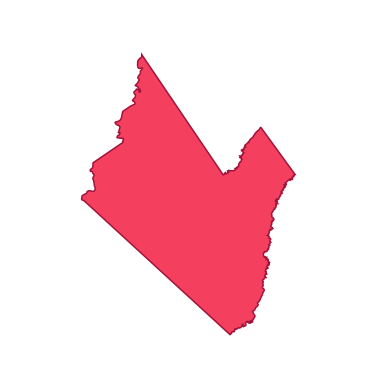 Puerto Caicedo, Putumayo, Colombia (Equal Earth projection), rotated 54°
{"feature_id": "7082276B64544196905368", "entity_name": "Puerto Caicedo", "entity_type": "district", "adm_level": 2, "iso_a3": "COL", "parent_name": "Colombia", "parent_adm1": "Putumayo", "projection": "equal_earth", "projection_center": [-76.404, 0.736], "detail": "fine", "context": "isolated", "style": "filled", "palette": "rose", "viewbox_px": 384, "rotation_deg": 54, "n_neighbors": 0, "source": "geoboundaries", "source_scale": "gbopen_adm2", "svg_char_len": 6060}
<svg xmlns="http://www.w3.org/2000/svg" viewBox="0 0 384 384"><g transform="rotate(54 192 192)"><path d="M238.6,98.3L180.3,98.3L180.1,98.9L181.2,101.5L181.0,102.9L181.3,104.0L181.2,104.5L181.7,105.6L181.7,106.7L182.4,107.7L182.6,108.9L183.5,110.7L183.5,113.1L183.8,113.8L183.9,114.7L184.5,115.8L184.5,116.8L184.8,117.2L185.3,117.2L184.9,118.4L185.3,120.2L185.2,121.5L186.3,123.0L186.9,122.4L187.2,122.3L186.8,123.8L188.0,124.9L187.6,125.0L187.8,125.6L187.4,125.6L187.1,127.2L187.7,127.7L188.3,127.1L188.8,127.3L189.4,127.0L189.9,127.1L190.4,126.9L190.3,127.5L191.1,127.7L191.2,128.0L191.0,128.6L191.5,129.0L191.9,130.0L191.4,130.2L191.6,131.5L191.0,132.1L192.3,132.1L192.3,132.3L191.9,132.8L192.1,133.1L193.0,132.6L192.7,131.9L192.8,131.7L193.8,132.5L194.3,132.6L194.9,132.3L195.1,133.3L196.0,134.1L196.0,134.6L196.2,135.1L195.9,135.5L196.0,136.1L196.6,136.6L196.6,137.3L196.9,137.4L197.3,138.4L198.8,139.2L198.4,140.3L199.1,141.2L198.5,141.5L198.7,141.8L198.6,142.2L198.9,142.6L198.4,142.8L198.2,143.4L199.3,143.5L199.6,145.1L199.2,145.5L198.9,146.6L196.7,149.2L196.2,149.4L195.8,150.6L195.8,150.9L196.2,151.1L196.8,150.7L197.4,150.7L197.7,151.0L197.6,151.6L197.8,151.9L197.5,152.3L197.5,152.9L197.0,153.2L197.1,153.8L197.0,154.0L195.9,153.7L196.0,154.5L196.6,155.7L196.6,156.0L196.3,156.1L196.3,156.7L51.3,151.9L53.0,153.2L53.3,154.5L53.3,156.4L54.2,158.9L57.2,161.4L59.2,162.4L60.5,162.5L61.3,161.8L61.7,160.7L62.3,159.5L62.5,159.3L62.9,159.3L63.5,160.9L63.7,162.4L64.1,163.0L65.6,163.9L66.1,164.9L66.7,167.4L67.5,168.5L68.4,168.9L69.8,168.5L70.5,169.1L71.1,170.7L71.7,171.7L72.0,172.6L72.2,174.5L72.6,175.3L74.9,174.1L77.3,174.1L78.9,173.8L80.5,174.6L80.6,175.4L80.0,175.9L77.7,175.0L76.3,176.1L76.1,176.8L76.5,177.1L76.8,177.5L76.9,180.2L78.4,180.9L80.1,180.8L81.1,181.1L81.9,182.3L82.6,185.5L83.0,186.3L83.6,186.4L84.2,185.9L85.4,185.7L86.6,185.8L87.1,186.4L87.2,187.1L86.4,191.0L86.1,200.2L86.6,201.3L89.9,204.8L90.8,206.0L91.4,207.2L91.6,208.1L91.6,209.9L90.7,211.8L90.5,213.1L90.7,213.5L92.8,213.6L95.8,212.0L97.1,212.0L99.5,215.0L100.5,216.6L100.9,216.5L101.7,215.5L102.2,215.7L102.9,217.1L102.8,218.3L102.9,219.4L103.9,220.7L106.8,218.0L107.9,216.3L108.2,216.1L108.9,216.3L110.2,218.3L111.1,218.3L111.3,217.9L110.2,254.9L113.5,257.5L114.1,258.8L114.1,261.1L114.8,261.7L115.7,262.0L116.1,261.0L116.8,260.7L118.2,261.2L120.7,261.2L121.1,261.6L122.1,263.5L122.7,264.2L125.9,265.3L129.6,267.3L132.3,268.2L132.9,268.8L133.5,269.6L133.6,270.5L133.6,270.9L133.2,272.0L131.0,273.7L130.4,274.6L130.0,276.2L130.0,276.5L130.9,277.8L131.0,278.7L130.4,282.2L130.5,283.1L132.8,285.5L133.5,285.7L135.5,284.5L329.7,245.1L329.6,243.1L329.3,242.7L328.8,242.5L328.7,242.0L329.3,240.1L329.7,240.2L329.8,239.7L329.3,239.4L328.8,238.3L328.2,238.2L327.9,237.7L328.1,237.4L328.8,237.0L329.2,236.4L329.2,235.7L328.9,234.4L329.8,233.8L330.3,232.4L330.0,230.5L328.7,229.2L328.5,228.7L328.9,228.5L329.8,229.4L331.1,229.6L331.1,228.6L331.5,228.2L331.6,227.2L331.4,226.6L330.5,226.2L329.3,225.3L329.0,224.1L329.1,223.8L329.4,224.2L330.1,222.6L330.4,223.1L330.6,222.8L330.8,220.1L331.1,220.4L331.2,221.4L331.5,222.0L331.3,222.9L331.5,223.0L331.8,222.7L332.4,221.7L332.5,220.0L332.7,219.5L332.6,219.1L331.4,218.7L331.2,217.5L329.7,214.2L328.8,213.7L327.1,213.8L326.1,213.5L324.3,213.4L324.2,212.3L324.4,211.7L324.4,210.9L323.0,208.5L322.7,205.7L321.9,204.6L320.7,204.5L320.0,204.0L320.1,202.4L319.2,200.2L317.8,198.2L316.6,195.6L315.2,193.9L314.2,191.6L313.8,191.1L313.0,190.9L311.0,191.4L309.0,188.9L307.4,188.6L306.8,187.3L306.3,187.0L305.2,187.1L304.7,186.8L304.7,184.9L304.1,183.3L304.7,182.4L303.5,182.3L302.8,182.6L302.2,182.1L301.9,181.1L301.6,180.8L302.1,180.6L302.2,180.1L301.4,180.1L301.4,179.9L301.9,179.7L300.8,179.3L300.3,178.8L299.8,178.8L299.4,179.3L298.4,178.2L298.0,178.0L298.2,175.9L297.9,176.1L297.6,176.8L297.3,176.8L297.2,176.1L297.4,174.9L296.1,174.9L296.1,174.1L295.4,173.6L295.5,173.4L296.0,173.6L296.3,172.4L294.9,171.3L294.7,170.6L294.4,170.7L294.8,171.6L294.6,172.1L293.8,171.7L293.5,170.9L292.3,171.1L292.1,170.5L291.6,170.6L291.2,170.0L290.3,170.4L290.1,171.4L288.7,169.9L288.1,170.9L288.7,170.9L288.3,171.5L287.7,171.3L287.6,170.9L287.4,170.8L287.1,171.7L286.8,171.8L284.5,171.1L283.6,170.3L283.5,168.7L283.1,169.0L283.0,168.8L283.0,167.7L283.7,167.1L284.0,166.6L283.9,165.7L283.3,165.0L283.4,164.5L283.3,163.8L282.9,163.4L282.8,164.1L282.3,163.8L282.4,162.8L282.0,162.3L281.2,162.0L280.7,161.3L280.9,160.5L280.8,160.2L280.6,160.2L280.2,160.8L279.9,160.6L279.3,159.7L279.1,157.8L278.5,157.6L277.4,157.9L276.7,157.1L276.6,156.2L275.7,155.8L274.5,156.7L273.9,156.7L273.5,155.8L272.7,156.0L272.1,155.7L271.5,156.4L271.5,155.0L270.8,154.9L270.3,153.4L269.4,152.8L268.2,151.1L268.4,150.7L269.1,150.8L269.1,149.4L268.9,148.7L269.1,148.1L268.3,148.2L267.9,148.0L266.8,148.7L265.9,148.2L265.5,147.4L264.8,146.8L264.9,146.5L264.8,146.2L263.5,145.6L263.4,145.0L263.0,145.2L262.9,144.4L262.5,143.9L263.0,143.0L262.2,142.5L262.2,141.7L261.6,141.8L260.5,141.5L258.8,142.0L257.5,140.8L256.7,140.6L255.9,139.9L255.1,137.6L254.4,136.9L254.3,136.2L254.6,135.5L254.3,135.2L254.3,134.8L253.7,134.6L253.8,133.4L252.9,132.6L252.7,132.0L252.3,132.0L251.8,131.0L251.0,131.3L250.8,131.2L251.6,129.8L251.0,130.1L250.8,129.7L249.3,130.0L249.3,129.6L250.1,129.1L250.1,128.6L248.8,128.2L248.4,129.4L248.1,129.5L248.0,128.7L248.4,127.9L247.8,128.5L247.5,128.4L247.4,127.3L248.8,126.4L248.8,126.1L247.9,125.2L247.6,124.1L247.0,123.5L247.1,122.6L246.1,122.1L245.9,121.7L246.1,120.5L246.0,119.6L245.2,119.6L244.6,120.1L244.2,120.0L244.3,118.6L243.9,118.1L244.2,117.5L243.9,116.8L243.3,117.1L243.0,116.5L242.9,114.0L242.4,113.8L241.6,115.2L242.2,113.4L242.2,112.9L241.3,113.0L240.5,113.4L240.2,113.2L240.5,112.6L241.4,111.7L241.4,111.4L240.9,110.9L239.9,111.3L239.5,111.1L239.6,110.5L239.1,106.9L239.3,106.4L240.2,105.7L240.0,105.4L239.2,105.3L239.0,105.1L240.0,103.9L240.8,103.8L240.8,103.4L240.6,103.0L239.9,103.0L239.4,102.7L238.9,102.0L239.5,100.8L239.1,100.3L238.4,100.3L238.6,99.7L238.3,99.5L238.3,99.2L238.6,98.3Z" fill="#f43f5e" stroke="#9f1239" stroke-width="1.5"/></g></svg>